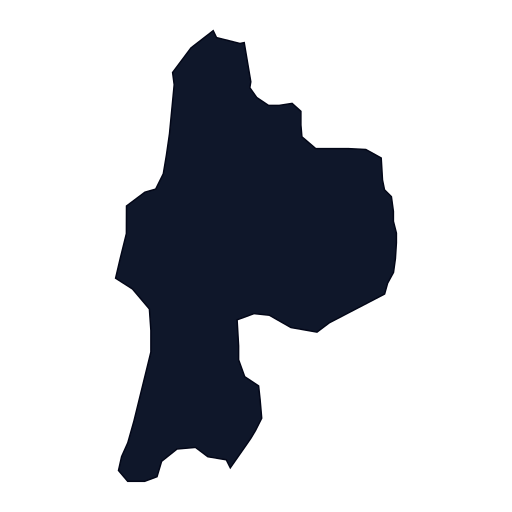 the district of Yangju-si, Gyeonggi, South Korea
{"feature_id": "91817680B42166609445104", "entity_name": "Yangju-si", "entity_type": "district", "adm_level": 2, "iso_a3": "KOR", "parent_name": "South Korea", "parent_adm1": "Gyeonggi", "projection": "orthographic", "projection_center": [127.01, 37.796], "detail": "fine", "context": "isolated", "style": "filled", "palette": "ink", "viewbox_px": 512, "rotation_deg": 0, "n_neighbors": 0, "source": "geoboundaries", "source_scale": "gbopen_adm2", "svg_char_len": 1021}
<svg xmlns="http://www.w3.org/2000/svg" viewBox="0 0 512 512"><path d="M213.2,30.7L191.0,47.9L172.6,72.5L174.2,84.7L169.5,133.8L166.4,155.3L163.3,173.8L155.7,189.1L144.9,192.2L126.5,206.0L126.4,233.6L120.3,258.2L115.6,278.2L132.5,289.0L149.4,309.0L150.9,330.5L150.9,352.0L133.9,421.2L127.8,442.8L121.6,456.6L118.5,470.5L127.7,481.3L144.7,481.3L157.0,476.7L161.6,461.3L177.0,449.0L195.5,447.4L207.8,456.7L226.3,459.8L230.3,467.8L246.3,444.9L250.9,438.2L255.5,430.5L256.1,429.3L261.7,418.2L260.1,399.7L258.6,385.9L244.7,376.7L238.6,359.8L238.6,345.9L237.1,319.8L254.0,313.6L269.3,315.2L290.9,327.5L317.0,332.1L329.3,322.8L384.6,294.0L387.6,283.2L393.5,272.4L395.4,258.6L396.4,242.9L396.4,233.1L393.4,221.3L393.4,211.4L391.4,196.7L384.5,189.8L382.5,180.0L381.2,158.0L365.8,149.5L348.1,148.6L333.4,148.6L315.7,148.6L301.9,136.8L300.9,125.0L300.9,111.3L292.1,103.4L279.3,105.4L268.5,105.4L256.7,97.5L249.8,87.7L250.8,81.8L244.2,42.6L240.0,43.5L216.5,37.6L213.2,30.7Z" fill="#0f172a" stroke="#020617" stroke-width="1.5"/></svg>